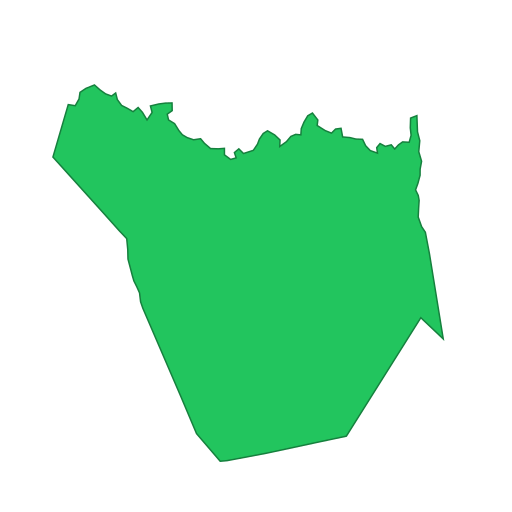 Nossa Senhora Aparecida, Sergipe, Brazil, rotated 350°
{"feature_id": "56859067B5954289975540", "entity_name": "Nossa Senhora Aparecida", "entity_type": "district", "adm_level": 2, "iso_a3": "BRA", "parent_name": "Brazil", "parent_adm1": "Sergipe", "projection": "albers", "projection_center": [-37.498, -10.352], "detail": "fine", "context": "isolated", "style": "filled", "palette": "green", "viewbox_px": 512, "rotation_deg": 350, "n_neighbors": 0, "source": "geoboundaries", "source_scale": "gbopen_adm2", "svg_char_len": 1599}
<svg xmlns="http://www.w3.org/2000/svg" viewBox="0 0 512 512"><g transform="rotate(350 256 256)"><path d="M135.5,287.9L157.8,382.2L166.6,420.6L185.1,451.9L192.0,452.5L232.6,452.0L281.6,450.2L296.2,449.7L313.7,449.1L407.6,345.4L426.0,370.2L427.2,284.1L426.9,262.0L424.2,255.9L422.5,245.8L424.4,237.4L426.3,229.6L426.3,224.5L424.6,218.6L428.0,212.7L431.6,205.0L432.7,199.0L435.5,191.5L434.4,181.5L437.3,170.9L436.6,161.8L438.8,145.7L432.2,147.0L430.2,156.6L429.7,164.1L426.6,170.6L420.2,169.1L415.6,171.3L411.2,174.7L408.5,170.0L402.4,170.5L397.7,166.8L393.7,170.2L393.5,175.8L386.8,172.0L383.1,166.4L381.2,159.6L374.7,158.2L369.1,155.7L362.0,153.8L361.9,145.0L356.4,144.8L351.7,148.1L345.9,144.5L338.9,138.1L340.5,132.8L336.4,125.0L331.3,126.9L326.5,132.5L322.7,138.4L321.2,144.5L316.2,143.1L311.1,144.3L305.8,148.7L298.4,152.3L299.8,145.9L295.4,140.0L289.1,134.7L284.4,136.6L279.7,141.4L276.9,146.1L271.7,151.5L261.5,152.9L257.7,147.5L252.7,150.4L253.5,155.9L247.8,156.5L242.5,150.9L243.6,144.5L237.5,143.9L229.9,142.3L224.8,136.1L221.8,130.9L214.7,130.7L208.7,127.4L204.5,123.8L201.8,119.0L198.8,111.5L193.5,106.8L193.2,100.9L198.7,98.3L199.9,90.7L193.3,89.7L186.6,89.4L178.1,89.9L178.6,96.6L172.3,103.1L169.1,94.8L165.7,89.3L160.0,92.5L154.9,88.2L149.8,84.4L146.6,77.9L146.1,71.1L141.5,73.4L136.0,70.2L131.3,65.4L126.6,59.5L117.6,61.4L111.1,64.3L109.0,70.6L104.1,76.6L97.4,74.3L73.2,123.3L112.4,185.9L125.8,207.5L131.7,216.4L130.8,227.6L129.4,236.8L130.3,247.5L130.8,253.8L131.4,259.3L133.3,265.7L134.9,272.1L134.4,281.1L135.5,287.9Z" fill="#22c55e" stroke="#15803d" stroke-width="1.5"/></g></svg>